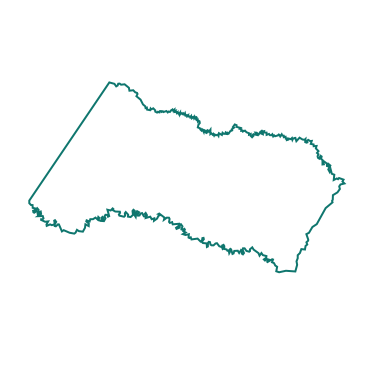 Cumaribo, Vichada, Colombia (orthographic projection), rotated 34°
{"feature_id": "7082276B31805828490385", "entity_name": "Cumaribo", "entity_type": "district", "adm_level": 2, "iso_a3": "COL", "parent_name": "Colombia", "parent_adm1": "Vichada", "projection": "orthographic", "projection_center": [-69.558, 4.15], "detail": "fine", "context": "isolated", "style": "outline", "palette": "teal", "viewbox_px": 384, "rotation_deg": 34, "n_neighbors": 0, "source": "geoboundaries", "source_scale": "gbopen_adm2", "svg_char_len": 6037}
<svg xmlns="http://www.w3.org/2000/svg" viewBox="0 0 384 384"><g transform="rotate(34 192 192)"><path d="M130.0,135.3L129.1,135.6L128.9,138.0L127.6,138.4L127.4,139.6L125.5,139.2L123.6,141.7L122.7,141.4L121.9,142.7L121.4,142.1L120.2,142.8L120.2,144.4L118.9,144.5L118.6,145.7L116.6,145.9L115.9,144.9L113.1,144.3L112.0,146.3L111.0,146.0L111.5,147.6L108.7,148.8L107.4,147.3L106.6,148.4L105.3,147.1L102.4,146.8L97.7,144.2L92.4,143.7L92.0,141.2L91.0,140.6L89.2,141.1L86.4,140.5L83.5,143.0L81.4,140.9L75.9,140.4L73.2,142.7L71.4,142.6L70.3,143.5L70.8,145.3L70.1,146.8L67.2,145.7L62.2,147.4L61.9,290.1L63.4,292.3L65.8,292.8L67.1,292.0L68.8,294.2L71.5,293.2L71.9,295.0L70.8,296.4L71.9,297.5L72.8,297.4L73.7,295.2L72.5,293.5L72.7,292.0L74.8,292.6L75.7,295.8L76.9,297.0L77.9,296.5L76.9,293.7L77.5,292.8L79.2,294.6L77.8,298.2L81.7,295.4L83.6,296.9L83.4,298.3L82.2,298.9L82.5,299.5L86.9,298.8L89.2,296.8L89.5,300.3L90.5,301.3L92.5,298.2L94.3,297.9L95.7,296.3L95.7,294.8L93.8,292.8L94.2,292.0L96.1,292.7L96.3,295.7L97.2,297.0L98.3,296.6L99.0,293.7L99.8,293.3L106.2,297.4L107.0,295.4L113.4,294.2L117.7,292.3L118.2,290.8L117.8,287.7L120.1,287.7L123.7,285.9L123.3,281.5L121.7,278.4L125.4,278.0L124.1,275.9L120.8,275.5L120.5,274.4L123.6,273.7L122.9,271.4L125.1,269.9L126.3,267.2L129.2,267.6L128.3,265.1L129.4,265.3L130.3,267.6L132.5,267.0L133.0,266.0L131.4,264.2L131.7,262.8L133.0,263.3L133.7,266.3L135.3,265.4L135.0,262.2L133.1,261.1L133.0,259.3L134.7,258.3L136.2,259.4L136.8,258.3L131.8,254.0L134.9,252.8L135.4,250.0L136.3,250.1L136.7,251.3L139.3,251.1L143.2,248.7L144.0,249.5L144.0,251.6L145.0,252.2L149.5,250.5L149.8,249.0L148.2,247.2L148.3,245.7L151.7,246.5L152.7,248.2L155.1,247.1L155.9,244.0L153.3,241.0L153.4,239.5L155.0,239.6L156.6,243.0L159.3,244.2L157.2,239.9L157.2,238.6L159.3,238.4L159.4,241.1L160.5,241.8L161.6,240.8L161.4,238.6L162.4,237.4L165.7,239.1L167.3,238.6L166.8,237.0L165.1,236.5L165.3,235.3L167.6,236.4L168.3,239.3L171.2,235.8L173.8,237.1L175.4,235.0L176.6,237.1L177.9,233.6L177.5,230.4L178.3,229.3L177.8,228.6L176.5,229.0L176.9,228.2L183.5,228.6L184.3,230.7L185.5,227.3L187.3,226.2L188.5,226.9L189.7,229.6L190.9,230.0L192.4,228.1L194.1,229.6L199.0,225.6L200.0,227.1L198.8,230.6L199.8,231.2L201.7,228.4L200.2,225.9L200.8,224.9L203.3,225.8L204.2,228.9L205.3,228.6L206.3,226.8L207.2,227.3L206.9,229.3L209.4,229.1L208.0,232.0L210.6,231.3L213.0,228.8L214.6,231.7L215.6,231.6L216.3,230.3L218.1,231.6L222.7,227.5L226.8,228.3L227.4,226.6L226.4,224.4L227.2,223.6L228.2,224.5L228.1,227.9L229.6,228.2L232.9,226.4L235.1,229.2L235.6,228.3L233.7,225.3L233.8,223.9L234.9,223.5L236.8,225.3L238.2,225.2L239.7,224.2L240.3,221.5L241.3,220.5L244.9,221.7L247.8,221.0L249.3,222.1L249.7,221.1L247.0,219.4L247.7,218.2L249.0,218.8L250.6,221.2L252.8,220.3L254.2,220.9L255.1,219.9L257.1,221.9L257.0,220.8L255.4,219.0L255.6,217.7L256.5,217.7L260.2,220.7L260.8,219.7L260.0,217.2L262.8,215.1L265.2,216.2L265.1,212.6L266.3,212.8L267.8,215.2L269.1,215.2L269.2,213.5L266.4,211.7L265.8,210.2L267.1,209.3L270.1,210.4L272.8,209.5L273.1,208.6L272.1,207.1L272.9,204.2L275.3,205.3L281.3,205.5L283.6,207.0L283.7,203.8L286.1,204.7L289.5,203.5L290.3,205.0L289.3,207.7L290.8,208.0L291.9,205.6L293.5,205.1L293.4,208.6L296.1,202.9L296.9,202.7L297.6,205.5L299.8,205.1L302.1,206.4L304.4,206.4L306.2,210.6L309.1,209.8L313.9,204.8L322.1,200.1L319.9,193.6L317.4,191.0L316.7,187.8L315.0,185.3L315.6,182.2L314.6,178.2L317.8,176.5L316.3,173.2L316.9,171.1L315.0,169.7L315.5,167.4L314.9,166.4L310.4,163.0L311.8,160.4L311.4,153.7L313.4,148.9L311.8,130.6L314.3,122.0L313.1,121.1L313.0,119.7L310.6,115.8L312.8,111.0L312.9,106.8L310.9,105.0L310.9,102.7L313.6,99.7L310.9,99.2L310.7,97.0L306.1,98.2L305.9,99.7L304.5,99.8L302.8,102.8L300.3,98.1L297.7,98.7L294.4,95.8L294.9,98.4L292.4,97.1L291.9,92.7L289.9,92.5L291.2,94.4L289.4,95.0L288.0,93.0L283.6,92.8L283.6,93.6L285.8,95.3L284.8,96.2L282.3,92.5L280.5,92.4L279.6,90.1L278.3,90.1L278.8,93.2L277.3,93.2L276.1,92.1L275.7,90.0L273.8,89.7L274.0,87.4L270.3,86.6L269.5,84.2L267.3,86.0L266.2,84.6L263.6,85.7L262.7,82.7L261.6,83.7L259.2,83.8L258.8,85.2L259.9,86.3L259.3,87.1L257.9,87.3L256.4,84.6L256.1,85.8L254.2,86.7L250.8,86.8L250.1,91.5L246.8,88.8L247.4,89.8L245.9,91.0L246.1,92.6L244.7,91.4L244.4,92.9L242.2,93.7L242.6,94.7L241.6,95.9L240.7,94.6L239.9,95.3L238.7,93.9L237.5,95.2L236.6,94.0L235.3,94.7L234.1,94.0L234.1,96.6L232.6,95.8L231.0,95.8L232.1,96.4L229.7,99.3L228.4,99.1L228.2,100.5L226.3,99.2L226.0,100.6L224.8,101.3L223.4,100.8L221.9,102.9L220.6,101.1L218.9,102.1L218.0,102.2L217.7,101.3L216.7,102.3L215.7,102.1L215.3,103.2L217.5,103.1L218.5,104.5L215.1,105.1L215.1,107.1L212.5,106.7L211.4,107.3L213.7,108.5L210.6,109.7L210.5,110.8L211.5,111.2L211.2,113.0L209.1,112.6L208.2,111.1L207.2,112.6L206.5,111.4L203.8,112.0L201.6,111.5L200.4,113.3L200.0,112.8L198.6,113.8L198.0,112.4L196.3,112.9L196.5,111.7L192.5,113.1L191.6,111.7L189.7,112.1L189.6,115.2L190.8,115.2L189.9,117.9L190.8,118.5L189.7,120.2L189.7,123.1L188.7,123.1L189.1,123.7L189.0,124.2L187.3,125.0L187.4,123.9L186.6,123.8L186.9,125.2L185.9,126.0L184.2,125.8L184.9,128.0L181.5,128.2L182.6,130.7L181.2,130.1L180.1,131.6L178.7,131.6L178.8,132.9L177.1,131.9L177.0,132.5L177.3,132.8L177.2,133.0L175.1,132.5L174.8,133.6L172.4,130.0L172.3,132.6L170.4,132.0L169.9,133.0L171.1,132.9L171.1,134.9L169.7,135.1L170.2,134.4L169.1,134.1L169.5,136.0L167.7,133.8L167.0,134.1L167.8,135.5L165.9,134.4L165.7,135.8L164.0,135.5L163.8,134.6L160.7,135.2L159.7,132.6L159.9,130.5L158.7,129.2L157.8,129.2L157.6,130.3L156.1,128.7L155.4,130.5L155.3,128.9L153.9,129.3L154.1,127.6L153.6,127.5L152.6,128.7L152.1,128.3L152.3,129.6L151.4,128.9L150.8,130.5L150.4,129.7L149.6,130.7L148.8,129.6L148.6,131.0L147.4,130.2L148.0,130.8L146.6,130.9L146.6,132.3L145.9,130.8L145.6,132.0L144.7,131.2L143.9,132.3L142.3,130.8L142.6,133.0L141.9,131.8L140.5,131.6L140.4,132.8L138.7,132.6L138.7,134.3L137.7,132.8L137.7,134.7L136.6,134.1L135.8,135.0L135.3,133.9L134.9,134.8L134.2,134.3L133.0,135.3L132.8,133.8L131.7,135.0L131.2,133.7L130.9,134.6L129.8,134.5L130.0,135.3Z" fill="none" stroke="#0f766e" stroke-width="2"/></g></svg>